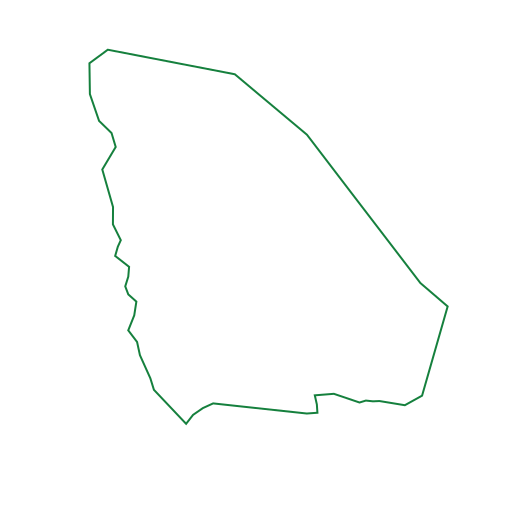 the border of Hoima, rotated 100°
{"feature_id": "UGA-3105", "entity_name": "Hoima", "entity_type": "District", "adm_level": 1, "iso_a3": "UGA", "parent_name": "Uganda", "parent_adm1": "", "projection": "equal_earth", "projection_center": [31.113, 1.442], "detail": "fine", "context": "isolated", "style": "outline", "palette": "green", "viewbox_px": 512, "rotation_deg": 100, "n_neighbors": 0, "source": "natural_earth", "source_scale": "10m", "svg_char_len": 732}
<svg xmlns="http://www.w3.org/2000/svg" viewBox="0 0 512 512"><g transform="rotate(100 256 256)"><path d="M80.7,308.4L96.7,280.7L127.7,226.9L177.4,172.9L227.9,117.9L254.1,89.4L272.4,58.5L364.7,68.2L377.1,83.5L377.4,109.2L378.8,115.6L379.3,122.7L382.3,128.6L378.2,155.4L383.0,173.9L391.6,170.3L399.7,168.3L402.3,178.6L406.9,247.0L408.6,272.6L415.0,281.9L423.4,290.4L433.4,295.7L405.5,333.3L394.8,338.8L373.8,353.1L361.3,358.2L351.4,368.9L335.6,365.6L321.7,365.9L316.0,375.1L308.6,379.5L298.5,378.2L288.7,379.1L280.4,394.7L270.9,393.7L263.9,391.9L249.7,402.4L232.6,405.3L197.5,422.4L173.0,413.1L160.0,419.6L150.2,434.0L125.4,447.7L95.1,453.5L78.6,437.8L79.3,394.7L80.7,308.4Z" fill="none" stroke="#15803d" stroke-width="2"/></g></svg>